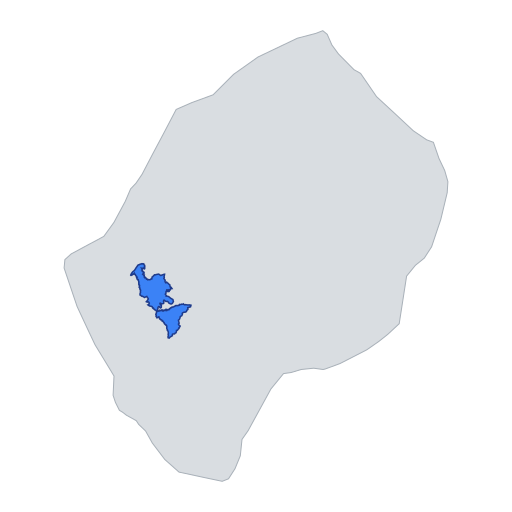 Lehlakaneng, Mafeteng, Lesotho (highlighted)
{"feature_id": "5366337B94978153293499", "entity_name": "Lehlakaneng", "entity_type": "district", "adm_level": 2, "iso_a3": "LSO", "parent_name": "Lesotho", "parent_adm1": "Mafeteng", "projection": "equal_earth", "projection_center": [27.647, -29.815], "detail": "fine", "context": "in_parent", "style": "filled", "palette": "blue", "viewbox_px": 512, "rotation_deg": 0, "n_neighbors": 0, "source": "geoboundaries", "source_scale": "gbopen_adm2", "svg_char_len": 6942}
<svg xmlns="http://www.w3.org/2000/svg" viewBox="0 0 512 512"><path d="M339.9,363.6L325.2,369.0L323.1,369.5L313.7,368.2L301.1,369.5L291.2,372.5L283.5,373.6L270.9,389.0L248.1,430.7L242.0,439.4L240.3,455.8L235.0,468.7L228.5,478.8L222.2,481.3L203.2,477.3L179.0,472.1L164.8,459.5L152.3,443.0L145.6,431.0L138.7,424.4L136.3,420.7L126.4,415.2L122.7,412.3L119.4,410.3L115.4,402.3L113.1,395.3L114.0,376.0L107.0,364.4L95.0,344.7L87.4,328.6L77.1,306.5L70.7,287.6L64.1,268.0L64.9,259.6L71.2,253.9L89.6,244.0L103.8,236.4L114.0,222.3L125.2,201.5L130.6,188.9L136.0,183.2L142.0,174.4L152.3,154.7L163.9,132.9L176.2,109.4L191.8,102.6L213.1,94.8L233.6,74.3L258.0,57.0L297.4,38.2L315.8,33.4L322.8,30.7L327.2,34.3L331.9,45.0L338.5,54.0L354.0,69.7L360.6,73.4L376.5,96.6L393.6,112.4L413.2,130.7L426.6,139.8L433.4,142.3L439.0,158.5L444.7,170.5L447.9,181.7L447.2,192.7L440.8,219.4L431.6,246.8L424.3,258.1L415.4,265.3L406.6,276.1L403.2,298.0L399.2,323.7L387.8,334.3L379.0,341.3L366.8,349.8L339.9,363.6Z" fill="#d9dde1" stroke="#a8b0b8" stroke-width="1"/><path d="M191.0,305.2L189.7,304.9L187.4,305.0L187.0,304.8L186.0,304.8L185.7,304.6L185.3,304.8L184.4,304.8L183.5,304.0L183.4,304.2L183.1,304.3L181.9,304.1L181.7,304.3L181.2,304.3L181.0,304.5L180.4,304.6L179.5,304.4L179.3,304.6L179.2,305.3L178.4,305.4L177.9,305.7L177.4,305.5L176.6,305.7L176.3,305.5L175.9,305.5L175.3,305.7L174.9,306.3L174.2,306.4L173.7,306.9L172.7,307.1L172.4,307.0L172.1,307.3L171.8,307.2L171.6,307.6L171.0,307.9L170.7,307.8L170.3,308.3L170.1,308.3L169.8,308.6L169.5,308.7L169.6,309.1L169.0,309.7L168.8,309.5L168.1,309.8L167.7,309.6L166.8,310.6L166.3,310.1L166.3,309.5L166.1,309.3L165.9,309.7L164.7,310.0L164.8,310.3L164.1,310.1L163.7,310.9L162.9,310.3L162.7,310.7L162.4,310.9L162.0,310.4L161.8,309.9L161.4,310.1L161.3,310.4L160.8,310.7L160.3,310.4L160.0,310.6L159.8,310.4L159.7,310.7L159.3,310.9L159.1,311.1L158.8,311.0L158.5,311.2L157.9,311.1L157.6,310.9L157.9,310.2L157.6,309.7L157.5,309.2L158.0,308.6L157.9,307.7L158.5,306.6L158.9,306.5L159.5,306.7L159.8,307.5L160.0,307.7L160.5,308.0L160.8,307.9L161.3,307.4L161.4,305.4L160.5,304.8L159.9,303.6L160.0,303.2L160.4,303.1L161.8,303.9L163.5,303.5L163.8,303.1L163.8,302.8L163.5,301.2L163.8,300.2L164.2,300.1L164.6,300.4L164.8,300.8L165.5,301.1L166.0,301.5L166.3,301.4L167.5,301.4L168.3,302.1L168.7,302.9L169.4,303.4L170.8,304.0L171.7,303.9L172.0,303.6L172.4,303.3L173.4,301.6L173.4,301.4L173.2,300.9L173.0,299.8L172.9,299.5L170.6,298.2L168.7,296.6L167.3,296.2L166.2,296.2L166.3,295.5L165.3,294.2L165.4,293.9L166.0,293.2L166.0,292.8L165.9,292.4L165.9,291.9L166.5,291.0L166.7,289.9L167.3,289.8L167.8,290.2L167.9,290.6L167.6,291.0L167.5,291.5L168.9,291.6L169.2,291.4L169.3,291.0L168.7,289.9L168.8,289.7L169.1,289.7L169.3,290.2L170.2,290.0L170.7,288.3L170.6,288.0L170.7,287.8L170.9,287.9L171.1,288.4L171.4,288.7L172.0,288.6L171.1,287.3L170.7,287.0L170.1,286.8L169.8,284.8L169.0,284.3L168.1,283.3L167.0,282.6L166.8,282.2L166.6,282.1L166.3,282.5L165.9,282.8L165.6,282.3L165.1,281.9L165.0,280.8L165.2,280.2L163.9,278.6L163.8,278.4L164.3,277.6L164.3,277.3L164.0,276.7L164.3,275.9L164.6,274.2L164.1,274.2L163.9,274.4L162.8,274.7L162.4,275.0L161.9,275.0L160.9,275.5L160.7,275.5L158.9,274.2L158.5,274.1L155.9,274.6L155.3,274.9L154.4,274.8L153.9,275.6L153.4,275.8L152.9,276.6L152.1,277.0L151.8,278.9L151.2,278.8L150.8,279.3L150.4,279.4L150.3,279.6L148.9,279.8L148.0,279.4L147.7,279.7L147.3,279.1L146.7,279.3L146.5,279.2L146.2,278.6L146.2,278.2L145.8,278.0L145.4,277.5L144.8,277.7L144.7,276.9L144.2,276.8L144.4,276.3L144.2,275.7L144.3,275.0L143.5,275.1L143.0,274.3L142.7,274.2L142.8,274.0L143.5,273.4L144.0,273.3L144.1,272.8L144.0,272.4L143.5,272.2L143.5,271.9L143.0,271.9L142.7,271.5L142.3,271.3L142.5,270.4L142.1,270.4L141.8,270.1L142.2,269.7L142.1,269.4L142.1,269.0L141.6,268.2L142.5,268.4L143.0,268.1L143.4,268.5L144.3,268.4L144.6,268.8L144.7,268.7L144.7,267.9L144.3,267.5L144.3,267.1L144.4,266.8L144.8,266.7L144.6,265.8L144.7,265.3L144.1,264.8L143.7,264.3L143.8,264.0L143.7,263.8L143.2,264.0L142.6,263.7L142.2,263.9L141.7,263.7L141.3,264.0L140.1,264.1L139.6,264.6L138.6,264.8L137.6,265.4L137.5,265.9L136.2,267.6L134.8,269.9L134.2,270.6L132.6,271.9L131.5,273.4L130.7,275.1L130.9,275.4L131.2,275.4L131.4,275.1L132.3,274.9L132.4,274.5L133.5,273.9L133.8,274.0L133.9,273.7L134.2,273.4L134.2,274.2L134.8,274.0L135.4,274.5L135.5,275.3L135.9,275.6L136.1,276.1L136.6,276.4L136.5,276.6L136.8,277.0L136.6,277.0L136.5,277.4L136.9,278.1L137.0,278.7L137.3,279.0L137.3,279.4L137.6,279.6L138.0,279.6L137.9,279.8L138.2,280.0L138.3,280.6L138.6,281.0L138.8,281.8L138.7,282.0L138.8,282.7L138.9,282.8L138.8,283.3L138.9,283.5L138.8,283.8L138.8,284.2L139.0,284.4L138.9,284.9L139.5,285.2L139.6,285.6L139.5,286.5L139.1,287.1L139.6,287.8L139.7,287.7L139.9,288.0L139.8,288.4L140.0,288.7L139.9,289.1L140.0,289.4L140.4,289.6L140.6,290.3L140.4,290.5L140.4,290.9L140.5,291.0L140.4,291.6L140.5,291.8L140.5,292.3L140.4,292.3L140.4,292.7L140.3,293.1L140.1,293.3L140.0,294.0L140.0,294.5L140.0,295.0L140.4,295.3L140.7,295.2L141.2,295.8L141.8,296.3L142.5,296.2L142.9,296.6L143.3,296.6L144.4,297.5L146.8,296.4L147.5,297.8L148.0,298.1L148.3,298.7L148.1,299.5L147.7,299.8L147.3,300.7L146.6,301.3L146.3,301.7L147.2,302.1L148.5,301.9L149.1,302.6L149.1,302.9L149.3,303.2L149.2,303.6L148.8,304.1L148.8,304.5L147.9,304.9L148.5,305.4L148.9,305.4L148.9,305.6L149.5,305.8L149.8,306.1L150.9,306.2L152.1,306.6L152.6,307.9L152.9,307.9L153.1,308.3L153.5,308.2L153.9,309.1L154.6,309.5L154.7,309.8L155.9,310.3L156.4,311.1L156.7,311.0L157.1,311.0L157.2,311.3L156.8,311.9L156.5,312.1L156.4,313.0L156.2,313.2L156.2,313.8L155.8,314.2L155.9,314.8L156.3,315.4L156.0,316.2L156.1,316.6L156.3,316.7L156.8,317.5L156.9,317.3L157.2,317.3L157.5,317.6L158.0,317.3L158.5,316.9L158.9,316.8L159.6,318.9L160.1,318.9L160.7,319.8L161.2,319.7L162.0,320.3L162.0,320.7L162.5,320.8L162.4,321.1L162.8,321.2L162.9,321.5L163.9,322.4L163.9,322.6L164.2,322.8L164.2,323.3L164.6,324.0L164.9,324.0L165.4,324.7L165.7,324.8L166.0,325.3L166.4,325.2L166.7,325.8L166.8,326.6L166.9,327.1L166.7,327.6L166.8,328.6L167.0,329.1L167.4,329.5L167.4,329.9L167.3,330.3L167.5,330.6L168.1,331.2L168.3,332.4L168.4,333.5L168.2,333.8L168.3,334.2L168.1,334.8L168.3,335.1L168.4,335.7L168.0,336.6L168.1,337.8L169.2,338.1L170.0,337.1L170.4,336.9L172.4,335.7L172.3,335.0L172.4,334.3L172.9,334.0L174.6,333.9L175.1,333.1L175.9,332.9L176.3,332.0L176.5,330.4L177.2,330.4L177.6,330.1L178.2,329.2L179.0,328.5L178.8,328.0L179.6,327.2L179.8,326.6L180.1,326.3L180.0,325.8L179.2,325.4L178.5,324.5L178.5,323.9L179.0,323.6L178.9,323.3L179.1,322.9L178.4,320.4L178.5,320.0L179.0,319.8L179.6,319.0L180.0,317.8L180.3,316.5L181.8,315.7L182.1,315.0L182.4,314.4L182.3,313.6L182.2,313.3L182.5,313.0L183.7,312.3L184.6,312.2L185.2,312.0L185.6,312.1L186.3,311.6L186.5,311.4L186.7,310.4L187.1,310.2L187.3,309.8L187.9,309.5L187.7,307.6L188.1,307.4L188.5,307.6L189.4,307.1L190.5,306.9L190.7,306.4L190.5,305.9L190.9,305.6L191.0,305.2Z" fill="#3b82f6" stroke="#1e3a8a" stroke-width="1.5"/></svg>